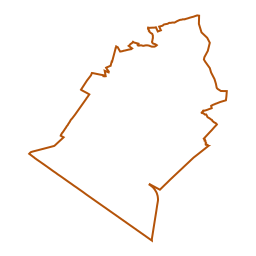 Paulesti, Prahova, Romania
{"feature_id": "2599482B85410433594124", "entity_name": "Paulesti", "entity_type": "district", "adm_level": 2, "iso_a3": "ROU", "parent_name": "Romania", "parent_adm1": "Prahova", "projection": "robinson", "projection_center": [25.961, 44.996], "detail": "fine", "context": "isolated", "style": "outline", "palette": "amber", "viewbox_px": 256, "rotation_deg": 0, "n_neighbors": 0, "source": "geoboundaries", "source_scale": "gbopen_adm2", "svg_char_len": 5275}
<svg xmlns="http://www.w3.org/2000/svg" viewBox="0 0 256 256"><path d="M151.9,240.6L151.9,240.2L151.7,240.0L154.3,223.6L156.3,211.1L157.1,205.7L157.8,201.6L158.0,200.1L158.0,199.1L157.8,197.1L157.7,196.4L157.6,195.8L157.2,194.5L157.0,193.8L156.6,192.7L156.3,192.1L155.7,191.1L154.8,189.6L154.0,188.6L153.6,188.0L152.8,187.3L152.0,186.5L151.0,185.8L150.3,185.2L149.5,184.7L149.8,184.2L150.4,184.6L159.9,189.7L164.9,184.8L167.0,182.8L170.1,179.7L190.2,160.8L190.7,160.3L193.7,157.5L195.9,155.8L197.7,154.4L208.3,146.0L208.2,146.0L208.1,145.8L208.1,145.6L207.9,145.5L207.8,145.4L207.6,145.3L207.5,145.2L207.5,144.9L207.2,144.8L207.1,144.7L206.8,144.6L206.6,144.8L206.4,144.9L206.1,144.9L205.9,144.8L205.8,144.7L205.7,144.6L205.7,144.4L205.8,144.3L205.9,144.2L205.7,143.9L205.7,143.7L205.8,143.5L205.9,143.3L205.9,143.2L205.7,143.1L205.7,142.9L205.7,142.7L205.8,142.6L205.6,142.4L205.6,142.1L205.4,141.6L205.5,141.0L205.4,140.9L205.2,140.8L205.1,140.7L204.8,140.5L204.6,140.5L204.6,140.4L204.5,140.1L204.7,139.9L204.8,139.9L204.9,139.5L204.9,139.4L204.7,139.2L204.4,139.1L204.2,139.1L203.8,139.0L203.2,139.3L207.0,135.2L209.5,132.5L211.7,130.2L214.5,127.0L216.8,124.6L216.9,124.4L216.5,124.1L216.3,123.7L215.9,123.4L215.6,123.0L214.5,122.6L214.2,122.3L213.7,122.1L213.4,121.7L212.8,121.3L212.7,121.1L212.3,120.8L212.0,120.0L211.7,119.8L211.2,119.6L210.9,119.4L210.3,118.9L209.8,118.5L208.8,117.9L207.9,117.4L207.5,117.1L207.2,116.5L206.7,115.3L206.4,114.9L206.2,114.5L206.1,114.4L205.0,114.6L204.7,114.4L204.4,114.1L204.2,113.9L204.0,113.7L203.6,113.6L203.1,113.1L202.7,113.0L202.3,113.1L202.1,113.1L201.7,112.9L201.6,112.7L201.7,112.4L201.9,112.2L202.2,112.1L202.3,112.1L202.5,112.0L202.8,111.6L203.1,111.3L203.1,111.2L203.1,110.7L203.4,110.6L203.9,110.5L204.5,110.7L207.0,109.9L208.4,109.4L208.8,109.2L211.7,108.2L211.5,107.1L211.1,105.9L211.3,105.7L213.5,104.6L214.8,104.2L215.3,103.8L216.2,103.6L220.2,102.0L225.9,100.3L226.4,96.5L226.8,91.1L220.9,91.0L217.6,88.9L216.7,87.8L215.9,83.7L214.5,79.1L211.1,72.5L209.8,68.1L205.2,61.7L203.9,59.5L204.4,57.2L207.8,50.9L209.8,42.8L207.2,37.8L201.5,32.4L198.9,23.9L199.1,15.7L197.2,15.4L196.0,15.8L194.8,16.2L193.8,16.6L193.1,16.8L191.5,17.2L189.7,17.7L188.3,18.2L187.6,18.4L186.2,18.8L185.0,19.1L184.8,19.3L184.4,19.3L183.5,19.3L182.6,19.3L182.0,19.6L181.5,19.7L180.4,19.8L180.0,19.9L179.3,20.1L178.6,20.5L177.6,20.9L177.2,21.1L176.4,21.5L176.0,21.8L174.9,22.4L174.5,22.6L174.2,22.6L172.7,22.5L172.0,22.6L171.1,22.8L170.4,22.9L170.2,22.9L169.4,22.8L169.2,22.9L168.9,23.0L168.0,23.6L167.8,23.7L167.1,23.9L165.8,24.1L164.0,24.5L163.6,24.7L162.9,25.4L162.7,25.6L162.2,25.8L160.0,26.4L159.2,26.6L160.9,30.3L157.8,31.5L155.9,27.3L154.8,27.6L151.8,27.7L149.9,27.8L149.5,27.9L149.1,27.8L148.3,27.6L148.1,27.6L148.1,27.8L148.1,28.3L148.0,28.5L148.1,28.8L148.2,29.2L148.3,29.4L148.5,29.7L149.1,30.3L149.2,30.5L149.0,30.8L148.9,31.0L149.3,31.5L149.5,31.8L149.7,32.0L150.1,32.4L150.7,32.9L151.6,33.5L152.0,33.7L152.2,33.8L152.3,34.0L152.4,34.3L152.9,35.7L152.9,36.0L152.8,37.0L152.9,37.6L152.8,38.5L152.6,38.9L152.6,39.1L152.5,39.8L152.3,40.8L152.3,41.0L152.0,41.8L152.0,42.0L152.2,42.4L152.4,42.8L152.9,43.4L153.5,43.7L154.6,44.0L155.2,44.2L155.9,44.6L156.8,45.2L156.4,45.6L155.4,46.2L155.3,46.3L154.9,46.4L154.6,46.6L154.1,46.7L153.6,46.7L153.0,46.7L151.9,46.7L151.4,46.5L150.5,46.2L149.9,46.0L149.3,45.7L148.9,45.6L147.8,45.4L147.0,45.3L146.2,45.3L145.9,45.4L145.5,45.4L145.3,45.4L144.1,45.7L143.8,45.8L143.3,45.8L142.9,45.8L141.5,45.4L141.0,45.3L140.6,45.3L139.9,45.5L139.1,45.5L138.6,45.6L138.2,45.6L137.9,45.2L137.6,44.9L138.1,44.3L138.4,44.1L138.6,43.9L138.6,43.7L134.0,42.5L133.0,41.8L132.6,42.4L132.5,42.6L132.4,42.7L132.0,43.0L131.7,43.3L130.5,44.0L130.4,44.1L130.1,44.5L129.8,44.9L129.1,45.6L128.7,45.9L132.1,48.4L131.8,48.6L131.1,48.7L130.8,48.9L130.9,49.2L129.3,49.5L128.7,49.6L126.2,50.2L124.7,50.6L124.4,50.6L123.8,50.7L123.0,51.0L122.6,51.1L121.7,51.3L120.6,51.5L120.3,51.5L120.1,51.5L119.6,50.6L118.3,48.3L117.8,47.3L116.8,46.8L116.4,46.5L116.2,46.4L116.1,46.8L115.8,48.1L115.6,48.1L115.5,48.6L115.2,49.9L114.6,52.2L112.7,59.4L112.1,61.6L111.7,61.5L110.6,65.8L110.2,65.9L109.7,66.1L108.2,66.8L107.1,67.2L106.1,67.7L106.6,68.6L107.8,70.3L108.5,71.2L108.8,71.6L108.6,72.4L106.4,71.5L104.7,70.8L105.7,76.2L105.0,76.3L104.4,76.3L103.5,76.2L103.7,75.3L102.9,75.1L100.5,74.7L92.8,73.1L91.9,73.0L91.0,75.3L87.0,80.5L81.0,89.7L81.5,90.1L87.3,93.2L89.3,94.4L87.5,97.0L87.3,97.3L86.9,97.8L86.5,98.3L86.4,98.6L75.0,114.7L72.0,118.6L71.8,118.8L71.3,119.3L70.8,119.9L70.5,120.4L69.8,121.7L69.3,122.5L68.2,124.1L67.9,124.8L67.6,125.2L67.0,125.9L66.4,126.7L66.1,127.4L65.2,128.6L64.5,129.7L63.3,131.5L62.5,132.6L62.0,133.1L61.8,133.4L61.7,133.7L61.4,134.2L61.0,134.8L60.7,135.7L63.6,137.3L63.1,137.8L59.3,141.3L54.9,145.4L54.4,145.8L54.0,146.0L53.2,146.2L48.7,147.4L32.5,151.6L31.6,151.9L31.2,152.0L30.7,152.3L30.1,152.8L29.9,153.0L29.2,153.8L30.7,154.9L31.2,155.3L31.3,155.4L31.6,155.6L32.3,156.1L32.5,156.3L33.0,156.7L33.5,157.0L34.4,157.7L34.7,158.1L35.0,158.3L35.3,158.4L36.6,159.4L37.5,160.0L45.1,165.3L51.8,170.1L53.6,171.4L55.7,172.8L57.7,174.3L61.1,176.6L68.0,181.5L71.6,184.0L73.8,185.6L76.9,187.7L78.0,188.5L82.7,191.8L86.5,194.6L94.6,200.3L99.3,203.6L110.4,211.4L151.9,240.6Z" fill="none" stroke="#b45309" stroke-width="2"/></svg>